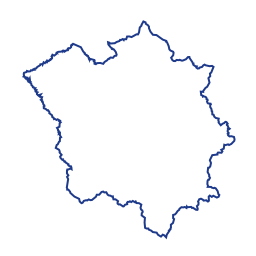 outline of Nyamagabe, Southern, Rwanda, rotated 273°
{"feature_id": "39286606B14277660644276", "entity_name": "Nyamagabe", "entity_type": "district", "adm_level": 2, "iso_a3": "RWA", "parent_name": "Rwanda", "parent_adm1": "Southern", "projection": "orthographic", "projection_center": [29.511, -2.4], "detail": "fine", "context": "isolated", "style": "outline", "palette": "blue", "viewbox_px": 256, "rotation_deg": 273, "n_neighbors": 0, "source": "geoboundaries", "source_scale": "gbopen_adm2", "svg_char_len": 5783}
<svg xmlns="http://www.w3.org/2000/svg" viewBox="0 0 256 256"><g transform="rotate(273 128 128)"><path d="M197.9,52.3L196.4,50.5L197.2,48.7L195.4,47.9L194.9,48.5L193.6,48.5L192.8,47.8L192.8,47.1L191.8,46.9L191.8,46.2L190.7,45.4L191.0,44.4L190.1,44.0L190.6,43.6L189.6,43.3L190.0,42.8L188.4,41.6L189.2,40.3L186.8,39.4L187.4,39.1L187.0,37.1L186.1,37.0L184.2,34.2L182.7,33.2L182.5,32.0L181.7,31.3L181.3,31.6L181.1,30.5L181.5,30.2L180.5,29.4L180.6,28.1L179.6,27.6L179.2,26.0L179.7,24.1L178.6,23.8L177.7,21.3L176.4,21.0L174.9,21.5L173.9,21.0L173.3,23.2L172.4,22.9L171.9,23.5L172.9,25.1L172.1,25.7L171.3,25.7L171.1,24.9L170.3,25.3L171.2,26.9L172.2,27.3L170.6,27.6L170.0,26.9L169.3,27.9L168.7,26.8L167.5,29.0L165.8,29.3L165.0,30.4L163.7,30.9L163.7,31.8L162.6,32.5L162.8,33.3L161.9,33.0L161.5,33.8L160.7,33.6L160.9,34.6L159.4,34.2L158.9,35.8L158.1,35.2L157.0,35.3L156.0,36.8L156.9,39.1L155.6,38.4L155.3,37.4L154.5,38.5L154.3,40.6L152.3,40.0L152.0,40.3L151.5,39.6L150.8,40.6L149.9,40.7L149.9,41.4L147.0,42.3L146.0,43.6L146.2,44.1L145.0,42.7L143.3,42.9L142.8,44.7L141.3,46.6L141.6,47.2L141.1,47.7L139.8,48.7L138.7,48.6L136.7,51.5L135.0,51.8L134.5,53.0L133.1,53.6L133.4,54.1L132.3,56.3L133.0,57.3L131.8,59.6L131.2,59.0L130.2,60.5L129.1,59.5L125.7,59.5L124.4,57.1L122.8,58.2L121.7,58.3L121.1,59.3L120.1,58.8L119.7,59.3L118.6,59.2L119.3,60.3L117.1,60.4L115.3,61.7L114.6,60.6L111.2,60.6L110.6,59.8L108.0,58.7L107.3,57.7L104.3,56.9L102.7,60.2L101.2,61.0L99.9,61.0L97.7,63.1L95.8,61.7L94.6,62.2L93.0,63.8L93.2,64.6L92.6,64.6L92.1,65.6L91.0,66.3L91.2,67.1L90.2,67.6L89.1,69.7L88.4,69.9L88.5,70.5L87.3,70.8L86.7,71.9L86.8,73.0L85.8,73.5L83.9,73.8L84.5,72.6L83.3,70.3L83.4,69.6L82.4,69.3L79.5,69.4L77.6,70.9L76.0,69.7L73.9,70.9L65.2,70.0L64.0,70.7L63.3,70.5L63.1,71.9L61.3,73.5L60.2,73.8L56.7,78.1L54.7,82.9L52.1,83.6L50.7,85.2L50.5,85.7L51.1,86.7L52.9,87.7L53.7,90.0L53.5,91.0L54.6,92.5L54.0,94.2L54.2,95.7L57.7,99.6L59.7,100.3L59.9,102.8L62.7,104.9L63.2,106.6L62.4,107.7L62.7,109.7L60.4,111.1L59.7,112.2L59.5,114.0L58.6,115.7L58.9,116.4L56.0,117.2L56.1,119.3L54.4,121.9L52.5,121.4L51.8,121.7L51.1,122.9L51.4,123.9L49.4,127.2L49.6,127.9L51.2,129.0L51.9,131.2L53.5,131.0L54.2,131.6L54.3,133.0L54.9,133.8L54.2,135.1L55.4,136.6L54.3,138.7L55.0,139.5L53.5,140.3L53.5,142.9L52.2,145.3L49.0,144.7L47.3,145.3L46.4,146.6L45.0,147.1L43.5,146.2L41.4,146.2L39.2,149.6L34.5,149.5L29.2,150.3L28.6,151.7L28.7,153.6L27.6,154.1L26.7,156.6L25.4,158.2L25.0,162.1L23.0,163.5L21.7,165.8L21.3,166.6L23.3,168.3L22.8,169.7L20.8,171.8L23.5,172.3L27.5,174.7L27.9,174.3L29.0,175.7L29.6,175.5L30.6,176.1L33.7,175.9L35.5,177.9L39.5,178.8L40.3,177.8L43.5,177.6L44.2,179.5L45.5,180.6L47.7,181.9L49.0,183.4L50.0,183.6L51.7,185.5L51.6,187.4L52.1,188.9L51.2,190.6L52.6,190.9L52.0,191.4L52.5,195.2L51.5,196.1L51.8,197.0L49.9,200.2L49.9,201.6L50.8,201.9L53.6,200.9L55.1,202.3L57.0,202.4L58.2,201.8L60.6,202.9L61.2,204.6L60.3,206.6L59.5,207.2L59.9,210.1L58.8,211.3L58.9,212.0L59.6,212.6L63.7,212.2L64.8,213.2L63.6,215.3L64.8,216.7L63.2,220.4L64.1,222.1L65.9,222.7L66.6,221.8L69.7,220.8L72.3,218.8L72.8,217.6L72.4,216.8L72.8,214.9L73.5,214.1L73.4,210.7L74.2,211.0L76.1,210.2L79.3,210.2L80.5,210.8L80.5,211.5L82.5,212.5L84.1,211.5L85.3,211.6L88.2,209.8L92.5,210.1L92.7,211.3L94.2,212.2L97.4,212.7L100.1,211.4L105.3,213.6L106.2,218.7L107.3,218.6L108.2,219.2L108.2,222.7L109.6,223.5L111.1,222.3L112.4,224.7L116.3,225.0L116.0,226.1L116.9,228.8L116.3,229.8L117.5,232.0L120.7,234.8L122.3,235.0L124.6,234.3L125.2,231.6L124.9,229.8L125.9,228.4L126.7,228.6L127.4,227.9L128.3,228.8L129.6,227.7L131.1,227.7L131.8,228.3L132.2,228.1L132.1,229.1L132.6,229.6L133.5,228.2L135.4,227.5L136.1,226.6L136.7,226.5L137.5,227.3L139.0,226.1L139.3,225.3L138.8,224.4L138.1,224.0L137.2,222.2L135.6,220.5L138.2,218.2L139.3,218.3L140.2,217.8L142.1,218.1L142.6,215.2L143.8,213.6L145.7,212.8L146.0,211.5L149.0,211.2L149.2,210.7L151.4,210.3L153.2,209.0L155.3,208.9L156.0,209.5L156.6,209.2L156.7,206.8L157.4,206.0L158.7,205.5L159.7,206.1L160.6,205.9L160.9,204.9L162.1,204.8L163.1,203.9L163.6,201.9L163.3,201.2L164.1,201.1L164.7,199.4L168.1,198.8L168.0,201.2L168.8,201.1L172.1,203.3L173.3,204.9L177.6,207.0L182.0,205.7L184.1,207.4L186.7,207.0L187.7,208.2L193.5,210.2L194.4,208.7L194.0,206.2L194.7,202.2L195.3,201.2L194.5,199.9L192.9,198.8L192.0,196.2L191.3,195.9L191.0,194.4L191.9,193.1L193.1,193.5L193.2,192.1L194.4,190.1L195.7,190.0L195.6,189.5L197.2,188.8L201.0,185.9L202.1,185.6L202.0,184.2L199.7,182.3L198.2,179.1L198.1,178.1L198.8,176.0L198.4,175.3L198.5,173.0L197.3,171.6L197.3,170.1L198.1,168.8L200.4,167.4L203.0,169.3L205.5,169.6L206.5,169.1L207.6,166.3L208.7,165.2L212.0,164.3L215.8,162.4L216.2,161.5L217.0,161.6L218.1,158.1L222.3,151.6L222.4,148.0L225.5,145.3L228.8,143.7L230.4,143.6L231.7,142.5L233.0,140.3L234.4,140.0L235.2,137.8L231.7,136.1L230.9,136.1L229.0,134.5L224.1,134.0L222.0,133.1L222.0,131.6L219.0,126.8L219.5,124.4L219.3,122.3L216.6,121.6L216.4,119.3L215.6,119.1L216.5,118.0L215.5,116.4L215.6,115.5L214.4,114.9L213.3,112.1L212.0,110.4L211.4,105.9L212.2,105.0L212.6,103.6L210.4,104.0L207.4,106.7L206.5,108.3L206.0,108.1L205.7,109.8L203.3,111.8L200.7,112.8L199.6,112.5L199.3,110.8L197.3,109.3L197.5,107.0L196.6,105.7L196.1,105.7L195.8,104.5L194.5,103.6L192.8,101.2L190.8,99.9L191.5,96.9L191.2,94.0L190.3,92.8L190.6,92.6L190.1,92.4L190.4,91.2L192.5,91.0L192.8,90.5L193.6,91.1L194.1,90.9L195.0,86.9L194.5,86.6L195.0,86.1L194.5,86.0L195.3,85.7L195.0,85.4L197.8,84.3L197.9,83.3L198.8,82.9L198.7,82.3L199.9,80.8L200.5,81.0L202.0,79.3L206.2,76.7L209.2,68.7L207.9,67.2L207.6,67.6L207.0,66.9L205.7,66.9L204.6,65.8L204.6,64.4L203.1,64.1L203.5,63.5L202.3,63.0L201.9,61.5L201.5,61.3L201.8,59.9L201.2,60.0L201.6,59.1L201.2,58.9L201.6,58.7L200.8,57.4L200.4,54.4L199.6,52.9L199.0,53.2L199.1,52.7L197.9,52.3Z" fill="none" stroke="#1e3a8a" stroke-width="2"/></g></svg>